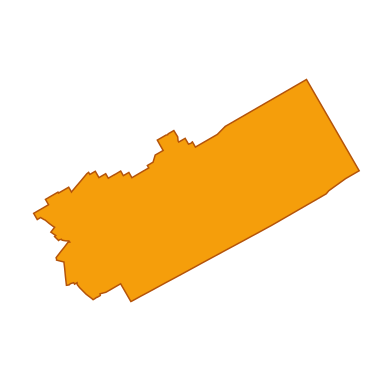 the district of Mukinbudin, Western Australia, Australia, rotated 60°
{"feature_id": "25037944B31087465274776", "entity_name": "Mukinbudin", "entity_type": "district", "adm_level": 2, "iso_a3": "AUS", "parent_name": "Australia", "parent_adm1": "Western Australia", "projection": "natural_earth1", "projection_center": [118.269, -30.637], "detail": "fine", "context": "isolated", "style": "filled", "palette": "amber", "viewbox_px": 384, "rotation_deg": 60, "n_neighbors": 0, "source": "geoboundaries", "source_scale": "gbopen_adm2", "svg_char_len": 2348}
<svg xmlns="http://www.w3.org/2000/svg" viewBox="0 0 384 384"><g transform="rotate(60 192 192)"><path d="M125.1,308.1L125.1,315.3L125.1,322.6L131.3,322.6L131.3,339.8L138.5,339.8L138.4,335.9L139.5,335.3L141.8,334.0L142.9,333.2L148.1,331.3L150.1,330.4L152.2,329.5L153.8,328.6L155.2,331.9L156.2,334.3L161.6,331.8L161.9,333.3L167.3,331.8L167.1,330.6L167.7,328.7L168.8,328.6L171.0,326.0L172.8,323.1L174.2,322.9L173.6,324.6L176.2,330.8L177.4,333.9L178.1,335.7L180.7,342.0L180.9,342.5L181.3,342.6L181.5,342.7L183.1,343.1L183.3,343.3L185.0,341.6L187.7,338.8L188.6,337.9L189.9,338.5L195.0,340.7L199.8,342.9L202.2,344.0L207.7,346.4L210.0,347.4L210.4,346.5L211.0,344.8L210.6,343.1L211.4,339.8L213.1,339.8L213.1,336.9L214.8,337.7L218.5,337.2L226.1,335.2L227.6,334.8L228.8,334.3L230.0,333.8L231.6,333.1L234.3,332.0L235.8,331.5L235.8,329.1L235.7,329.0L235.7,328.7L235.6,327.2L235.8,326.7L235.8,323.4L235.7,323.1L234.2,322.6L234.3,322.1L235.8,316.7L235.8,299.7L256.3,299.7L256.4,298.6L256.5,295.1L256.6,288.6L256.7,286.0L256.9,280.2L257.2,268.7L257.3,264.4L257.4,260.0L257.7,251.2L258.0,240.6L258.3,228.8L258.4,224.9L258.5,219.7L258.7,212.4L259.2,194.0L259.7,177.0L259.8,174.8L260.1,162.5L260.4,152.1L260.5,147.6L260.6,142.9L260.7,140.3L260.7,124.6L260.7,109.0L260.7,76.7L259.3,72.9L258.6,66.1L258.5,65.1L257.2,52.2L257.2,41.0L257.2,36.6L251.1,36.6L245.0,36.6L240.4,36.6L237.4,36.6L231.3,36.6L225.1,36.6L220.6,36.6L217.5,36.6L212.9,36.6L209.9,36.6L203.8,36.6L197.6,36.6L191.5,36.6L188.5,36.6L183.9,36.6L177.8,36.6L171.7,36.6L165.6,36.6L159.5,36.6L154.9,36.6L151.8,36.6L151.8,48.5L151.8,83.1L151.8,112.9L151.8,130.1L152.0,130.8L151.9,130.8L154.8,141.3L154.8,153.0L154.8,155.2L154.8,166.6L148.8,166.6L148.8,166.8L149.3,168.5L148.8,171.1L145.0,171.1L142.1,171.1L142.1,178.5L140.7,178.5L137.1,176.8L129.7,177.0L129.7,183.6L130.2,184.4L130.1,185.1L129.7,186.1L129.7,196.1L135.2,196.2L139.4,196.2L141.6,196.2L141.6,205.4L146.7,210.8L146.7,217.4L149.5,217.4L149.5,224.6L149.5,225.7L149.6,236.9L143.5,236.9L143.5,243.3L138.2,243.3L138.3,250.6L138.2,250.6L138.2,257.6L134.8,257.6L134.5,257.8L134.2,257.6L133.0,257.6L133.0,265.4L125.7,265.4L125.7,271.7L124.9,271.7L124.7,271.7L123.3,271.7L123.4,272.4L123.6,274.0L125.4,278.9L126.7,282.4L129.1,289.2L131.5,295.8L131.8,296.4L126.2,296.4L126.2,308.1L125.1,308.1Z" fill="#f59e0b" stroke="#b45309" stroke-width="1.5"/></g></svg>